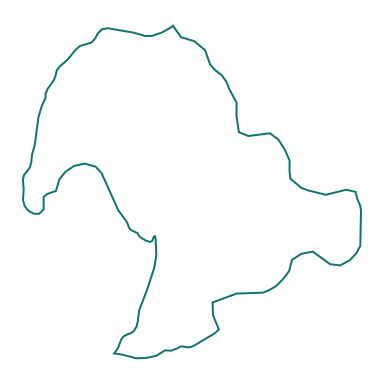 Bokeo, orthographic projection
{"feature_id": "LAO-3271", "entity_name": "Bokeo", "entity_type": "Province", "adm_level": 1, "iso_a3": "LAO", "parent_name": "Laos", "parent_adm1": "", "projection": "orthographic", "projection_center": [100.56, 20.309], "detail": "fine", "context": "isolated", "style": "outline", "palette": "teal", "viewbox_px": 384, "rotation_deg": 0, "n_neighbors": 0, "source": "natural_earth", "source_scale": "10m", "svg_char_len": 1687}
<svg xmlns="http://www.w3.org/2000/svg" viewBox="0 0 384 384"><path d="M145.4,36.0L152.2,35.8L161.7,32.6L170.5,27.7L173.1,25.7L173.4,26.4L181.1,37.2L194.5,41.3L205.2,50.4L210.1,64.4L215.3,70.3L221.7,75.2L226.2,81.4L229.0,88.5L236.6,102.8L236.5,115.9L238.9,132.2L248.3,136.0L270.0,133.3L278.3,139.5L284.7,149.4L289.6,160.5L289.5,170.7L290.4,178.8L301.3,187.8L307.7,190.3L325.8,194.8L346.3,189.7L355.6,191.9L357.4,199.1L360.3,206.0L361.0,210.9L360.3,245.9L356.0,253.7L349.4,260.6L340.1,265.4L330.1,264.2L312.8,251.6L301.3,253.8L292.0,259.9L289.2,271.0L283.2,278.9L276.2,286.0L269.9,289.7L263.4,292.6L236.5,293.6L212.6,302.4L213.0,315.2L218.9,329.4L214.6,333.4L193.9,345.7L191.1,346.9L187.2,347.4L183.2,346.4L180.3,346.6L177.3,348.3L171.3,350.7L165.0,350.4L156.1,355.9L146.3,357.9L136.3,358.3L123.6,354.9L114.1,353.4L117.9,348.3L121.2,339.6L123.2,336.8L125.5,335.2L131.2,332.9L133.8,331.1L136.7,326.3L137.8,321.2L139.2,310.3L146.9,290.3L154.2,268.0L156.3,255.5L155.7,239.4L155.1,236.3L153.8,236.7L152.2,240.8L150.0,242.0L145.2,240.2L140.3,237.2L138.2,234.6L137.2,232.9L132.2,230.7L130.0,229.1L128.9,227.4L127.3,223.0L125.9,220.6L118.4,210.5L101.6,173.2L95.7,166.7L84.6,163.6L73.9,166.0L65.2,172.0L59.4,179.4L56.0,190.7L55.4,191.3L53.8,191.6L47.2,194.0L46.3,194.6L43.6,197.1L43.7,209.3L39.2,213.8L34.0,213.8L28.7,211.0L24.7,206.1L23.0,200.0L23.7,189.1L23.2,183.8L23.0,179.5L23.9,175.2L27.2,171.3L30.1,166.9L31.4,161.4L32.0,154.7L34.8,144.8L38.5,117.0L41.7,106.2L45.5,97.9L45.5,93.8L47.7,88.8L54.2,79.5L55.6,75.5L56.8,70.2L59.9,66.4L67.8,59.4L75.4,50.0L80.0,46.0L91.6,42.5L95.2,38.3L97.9,33.4L101.9,29.3L107.4,28.2L132.9,32.5L145.4,36.0Z" fill="none" stroke="#0f766e" stroke-width="2"/></svg>